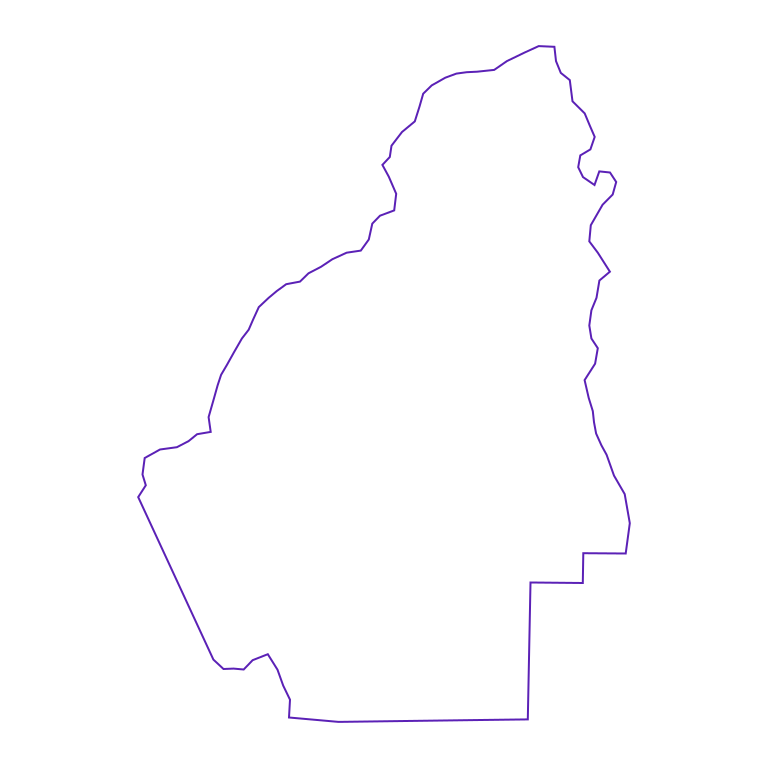 Salete, Santa Catarina, Brazil
{"feature_id": "56859067B33006019293673", "entity_name": "Salete", "entity_type": "district", "adm_level": 2, "iso_a3": "BRA", "parent_name": "Brazil", "parent_adm1": "Santa Catarina", "projection": "orthographic", "projection_center": [-50.006, -26.958], "detail": "fine", "context": "isolated", "style": "outline", "palette": "violet", "viewbox_px": 768, "rotation_deg": 0, "n_neighbors": 0, "source": "geoboundaries", "source_scale": "gbopen_adm2", "svg_char_len": 1397}
<svg xmlns="http://www.w3.org/2000/svg" viewBox="0 0 768 768"><path d="M213.4,659.6L223.5,669.0L233.6,668.6L243.7,669.5L252.6,660.2L267.8,654.2L277.5,669.7L283.2,685.6L290.0,699.7L289.0,717.5L338.6,721.9L472.9,720.1L527.8,719.4L530.5,582.5L582.8,583.0L583.3,553.2L625.7,553.5L629.8,523.2L624.7,494.1L614.0,475.6L606.6,454.8L601.4,445.3L596.1,433.5L594.0,422.2L592.8,411.1L588.7,397.9L584.6,380.1L595.1,363.7L597.8,348.2L591.4,338.5L589.3,325.5L591.4,310.3L596.5,297.8L599.4,280.5L609.9,271.7L597.8,252.7L589.3,241.4L590.8,225.2L602.6,204.7L612.7,194.5L616.2,182.0L610.0,172.5L599.3,171.4L594.5,185.0L583.0,177.1L578.2,167.2L580.3,155.4L590.4,149.4L594.7,136.9L589.8,125.6L584.7,113.4L572.5,101.3L569.8,80.1L560.8,72.9L556.0,61.1L554.4,46.8L538.7,46.1L524.7,52.5L506.9,61.1L494.2,69.9L477.1,71.7L466.7,72.2L456.4,73.6L445.3,77.7L431.7,85.4L423.2,93.7L419.5,106.6L414.8,121.4L402.0,132.0L391.5,145.7L389.8,157.0L382.4,164.9L388.8,176.7L396.2,193.8L394.2,210.4L380.0,215.7L372.3,223.6L368.8,239.5L360.8,250.6L346.6,252.7L332.4,259.2L321.0,266.8L308.5,273.3L300.0,281.6L286.2,284.2L276.7,291.1L268.7,297.8L258.8,307.1L253.0,319.8L248.7,329.7L241.9,338.5L233.9,352.4L227.1,364.6L221.1,374.8L217.6,385.4L213.9,398.6L208.6,417.1L210.7,431.9L197.1,434.2L188.6,441.1L176.9,447.2L160.0,449.5L144.7,458.0L142.5,474.5L145.8,485.3L138.2,497.1L213.4,659.6Z" fill="none" stroke="#5b21b6" stroke-width="2"/></svg>